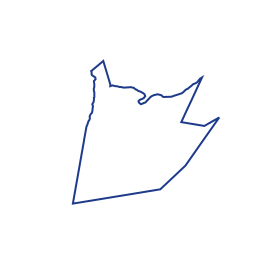 outline of San Miguel Santa Flor, Oaxaca, Mexico, rotated 53°
{"feature_id": "50627088B38442506685774", "entity_name": "San Miguel Santa Flor", "entity_type": "district", "adm_level": 2, "iso_a3": "MEX", "parent_name": "Mexico", "parent_adm1": "Oaxaca", "projection": "equal_earth", "projection_center": [-96.811, 17.921], "detail": "fine", "context": "isolated", "style": "outline", "palette": "blue", "viewbox_px": 256, "rotation_deg": 53, "n_neighbors": 0, "source": "geoboundaries", "source_scale": "gbopen_adm2", "svg_char_len": 1369}
<svg xmlns="http://www.w3.org/2000/svg" viewBox="0 0 256 256"><g transform="rotate(53 128 128)"><path d="M155.2,217.5L196.4,139.1L192.6,104.7L185.3,82.3L174.5,48.8L172.3,65.8L155.4,81.9L148.7,69.5L145.0,62.4L139.3,51.8L138.6,50.5L136.2,46.0L132.2,38.5L132.0,41.0L132.8,44.0L133.1,45.3L132.8,47.8L132.2,49.3L132.4,51.0L132.5,52.8L132.5,55.3L132.7,56.6L132.3,57.9L132.2,59.3L132.5,61.0L132.7,63.8L131.3,68.1L130.3,70.9L129.1,74.6L127.4,77.0L126.3,78.5L125.6,79.5L125.1,80.4L123.8,81.5L122.2,81.5L120.3,82.9L118.6,84.4L118.3,85.5L117.4,87.4L116.8,90.0L116.8,91.6L117.3,94.1L117.6,96.2L118.1,98.8L117.5,100.3L117.3,101.8L116.7,103.4L114.2,104.0L112.9,103.5L112.6,102.3L112.8,100.7L113.3,99.3L113.6,97.4L112.9,95.1L110.9,94.5L109.4,94.9L107.0,95.9L105.8,96.6L104.6,97.5L102.8,98.0L101.1,98.9L99.4,99.2L97.0,101.3L96.8,101.5L95.8,103.2L94.7,104.8L93.2,107.1L91.4,108.6L90.0,110.2L88.3,111.4L86.9,113.0L84.7,114.7L83.9,117.0L82.8,116.0L59.6,107.4L60.4,123.2L61.2,123.3L63.3,124.8L64.0,125.0L67.9,123.7L69.5,124.5L70.0,127.0L73.3,128.9L75.3,130.6L75.7,131.4L78.1,133.1L78.9,133.2L83.0,136.2L83.5,137.3L84.8,138.0L86.5,139.8L87.5,142.2L89.1,142.6L92.2,145.5L93.5,146.8L94.2,147.7L94.4,149.3L95.6,151.6L97.4,152.7L98.4,154.1L98.8,155.5L101.3,159.1L101.6,160.0L110.4,169.5L112.9,172.1L121.9,181.8L122.1,182.0L155.2,217.5Z" fill="none" stroke="#1e3a8a" stroke-width="2"/></g></svg>